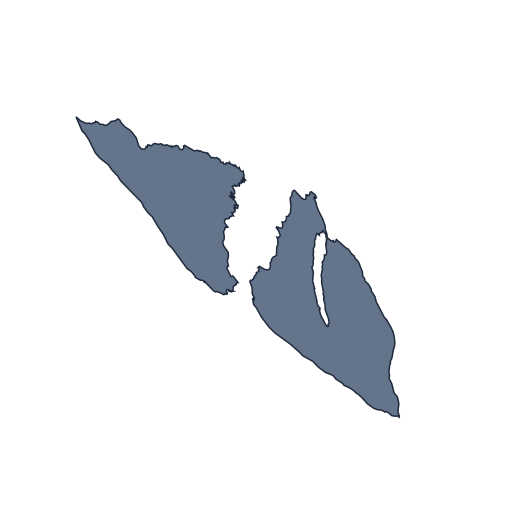 Ibestad nor, Troms, Norway, rotated 59°
{"feature_id": "86288312B28202364266720", "entity_name": "Ibestad nor", "entity_type": "district", "adm_level": 2, "iso_a3": "NOR", "parent_name": "Norway", "parent_adm1": "Troms", "projection": "natural_earth1", "projection_center": [17.142, 68.828], "detail": "fine", "context": "isolated", "style": "filled", "palette": "slate", "viewbox_px": 512, "rotation_deg": 59, "n_neighbors": 0, "source": "geoboundaries", "source_scale": "gbopen_adm2", "svg_char_len": 6114}
<svg xmlns="http://www.w3.org/2000/svg" viewBox="0 0 512 512"><g transform="rotate(59 256 256)"><path d="M360.3,176.7L360.5,176.6L359.9,176.8L357.3,176.5L352.1,175.0L345.3,175.1L343.2,174.2L337.5,174.3L333.7,175.4L331.1,174.6L327.9,174.8L324.5,173.0L315.1,171.4L312.9,171.3L308.9,172.3L306.5,171.8L303.3,173.0L298.2,173.2L294.9,174.9L283.2,178.6L284.4,180.0L284.3,181.7L281.8,181.9L284.1,182.1L282.6,182.7L281.5,183.9L277.4,185.3L278.1,185.7L277.9,187.0L281.1,189.0L280.9,189.4L282.0,189.8L282.1,190.3L288.8,193.2L291.0,194.9L291.3,195.8L290.3,196.8L294.1,199.4L295.4,202.5L297.5,203.2L299.3,204.9L301.1,205.6L306.3,210.2L309.4,211.4L312.3,213.3L322.2,217.0L322.9,218.0L326.4,218.7L326.4,219.4L328.4,220.5L333.3,221.9L337.5,224.3L347.2,226.2L351.1,227.8L351.8,229.6L353.5,230.1L353.2,231.2L351.9,231.7L340.0,231.0L334.8,229.5L335.0,229.2L334.2,228.8L334.3,228.3L333.4,228.0L331.0,228.5L327.7,228.1L326.8,227.3L314.5,223.3L314.0,222.3L313.3,222.6L312.5,221.9L310.7,221.8L309.4,220.9L307.1,220.7L299.4,215.1L294.2,213.9L294.0,212.7L292.1,210.9L289.5,209.6L287.8,207.7L284.0,206.2L282.8,204.9L279.3,203.2L277.8,200.7L272.4,197.4L272.0,196.0L270.8,195.5L268.0,192.2L270.9,191.0L269.5,190.4L269.3,188.4L269.9,187.6L269.1,186.9L269.5,186.1L269.0,185.8L273.2,185.0L276.3,186.3L276.6,185.3L273.8,184.0L268.9,182.9L265.6,181.2L259.0,179.8L248.7,179.0L242.6,177.8L241.4,177.0L236.7,176.6L235.4,175.6L236.2,175.0L236.7,175.6L238.0,175.9L236.6,175.4L237.0,175.1L236.5,174.9L236.9,174.1L234.4,173.7L229.4,175.5L229.3,176.8L231.4,179.2L230.0,180.6L230.6,181.2L229.5,181.7L233.0,184.0L232.4,185.5L229.7,187.1L219.8,189.1L219.1,190.0L219.9,192.0L222.6,194.2L224.0,197.0L232.1,200.8L237.3,204.9L237.3,206.1L238.6,207.5L237.8,209.7L239.4,210.4L241.2,212.4L241.5,214.3L240.3,216.1L244.1,217.5L245.3,219.2L244.8,220.6L242.0,222.9L243.2,223.2L241.4,224.0L246.5,223.7L251.1,224.6L251.7,227.3L250.6,228.4L252.4,228.6L257.6,231.3L258.3,232.8L259.9,234.2L265.7,238.0L266.2,240.0L265.7,241.4L266.6,244.0L268.7,246.0L269.3,247.5L272.5,249.1L274.3,251.4L273.8,253.3L271.7,255.6L266.6,258.4L266.8,259.3L267.5,259.6L266.9,260.1L267.0,260.4L267.8,259.7L268.7,260.0L269.4,260.6L268.5,260.7L269.5,260.7L270.6,262.3L270.4,264.2L272.0,265.6L272.4,267.6L274.0,269.6L274.8,272.1L274.0,273.2L274.5,274.4L281.0,275.6L286.6,278.7L291.5,279.1L292.1,279.8L290.9,279.8L291.5,280.0L290.9,280.4L291.1,280.8L292.6,280.9L292.9,281.2L292.1,281.4L296.3,283.0L300.7,282.4L311.7,282.8L324.4,281.3L332.0,279.3L348.6,272.2L362.0,268.0L365.5,267.4L375.6,261.5L383.1,259.9L391.6,256.4L398.0,251.5L402.7,250.9L409.6,247.5L412.3,247.1L417.9,243.3L422.4,241.3L425.4,240.7L426.2,239.9L431.8,238.2L440.1,236.6L447.2,233.5L450.6,230.7L451.8,228.9L454.2,226.8L456.2,225.9L456.3,225.0L457.4,223.7L462.8,221.8L464.9,219.4L466.3,216.7L467.9,216.5L467.3,215.7L462.5,214.5L456.0,209.5L449.8,207.4L444.4,208.1L435.0,205.3L429.4,205.0L427.1,203.0L424.2,202.0L418.7,197.9L417.2,196.0L415.4,195.0L413.7,192.3L407.3,186.7L404.6,183.6L401.2,181.3L395.8,178.9L391.7,177.6L385.8,177.0L377.8,176.9L374.4,177.6L360.3,176.7ZM181.2,224.9L176.8,223.4L177.0,223.9L174.7,225.4L171.5,224.8L171.8,225.9L171.3,226.4L168.1,226.9L168.8,227.2L167.2,228.1L167.6,228.3L167.4,228.8L166.2,228.6L164.6,230.1L162.2,230.5L163.0,230.9L162.9,231.4L161.0,233.0L161.0,234.0L161.8,234.7L160.3,236.3L158.8,235.9L157.5,237.9L155.2,237.4L153.4,237.8L151.3,239.3L151.3,240.3L149.5,241.9L148.7,243.8L142.6,244.4L142.5,244.9L143.0,245.1L142.8,245.7L141.0,246.3L140.0,247.9L136.9,249.8L137.3,250.6L135.3,251.8L134.0,254.9L124.4,260.2L124.5,261.6L126.2,262.2L126.9,264.2L126.6,265.1L124.8,266.4L121.7,266.3L120.1,267.5L120.3,268.8L119.4,269.9L119.3,271.4L118.3,271.8L119.0,272.2L114.6,275.3L114.3,277.1L112.6,278.8L111.3,279.2L110.4,280.5L110.5,281.6L107.3,285.0L107.1,286.3L107.7,288.8L105.0,291.3L106.0,292.7L105.7,293.2L106.4,293.3L105.8,294.0L106.9,295.2L107.0,296.7L105.2,299.1L101.3,299.8L92.8,297.8L85.6,298.7L83.0,299.3L77.9,301.8L72.1,303.0L69.4,302.8L67.9,303.5L67.2,304.1L67.7,306.7L66.0,311.1L66.8,313.8L66.9,316.7L66.4,318.0L64.4,319.4L62.8,321.8L59.8,322.7L58.0,324.1L58.9,324.9L58.1,326.1L58.0,328.9L56.5,330.1L54.9,333.3L49.8,336.7L44.1,338.6L59.6,340.7L60.0,340.7L58.9,340.3L62.4,340.2L61.0,339.8L61.8,339.7L70.3,339.4L84.7,340.6L91.4,339.5L101.5,335.6L108.3,335.1L116.5,333.3L121.9,333.3L151.0,326.4L156.2,327.0L163.2,326.3L169.1,324.7L179.7,324.9L189.6,324.3L200.5,325.2L206.3,323.8L231.6,321.5L235.9,319.5L241.2,318.7L243.2,319.0L248.2,316.1L248.4,315.3L250.3,313.7L251.7,313.9L252.8,313.4L250.6,313.5L251.2,313.2L264.1,310.3L265.8,309.4L266.1,308.1L270.3,304.7L272.2,303.9L272.7,303.0L272.1,302.3L273.8,300.8L273.6,300.0L272.6,299.8L273.4,299.6L270.9,299.6L269.7,298.3L272.0,296.6L272.5,296.8L271.7,297.6L272.7,297.1L272.7,296.7L271.8,296.4L273.7,295.6L273.2,295.4L273.9,295.0L274.6,293.4L273.9,293.9L270.6,291.1L270.2,289.2L270.4,287.7L268.9,286.7L269.6,285.1L261.6,286.0L261.0,286.4L261.1,287.3L260.8,287.7L260.5,288.0L260.3,288.0L251.6,287.3L250.5,286.4L250.4,284.7L245.7,283.3L242.1,279.8L238.7,278.0L230.7,278.5L226.9,277.4L225.4,274.9L223.3,273.3L218.2,271.3L217.4,269.4L215.7,267.9L215.8,266.7L216.7,266.3L216.8,265.2L211.7,265.9L209.8,265.1L208.4,262.7L209.9,260.7L209.9,259.4L209.0,258.9L208.9,258.2L209.4,256.8L209.1,256.0L210.1,254.6L206.7,254.4L207.4,253.9L206.8,252.1L207.3,251.7L206.3,250.4L202.9,250.0L205.6,249.0L203.1,249.2L203.0,248.4L203.5,248.4L204.0,248.1L202.9,248.4L203.3,248.0L201.7,248.0L201.2,247.2L203.6,245.7L205.4,247.1L204.4,247.7L205.5,247.3L205.3,246.9L203.3,245.1L202.3,246.0L198.5,245.6L194.9,246.4L190.4,248.1L192.2,246.2L194.1,245.5L192.9,245.3L192.9,244.8L195.7,244.0L193.0,244.1L192.0,244.5L191.3,245.5L189.3,245.4L188.3,244.3L191.5,243.6L191.6,242.2L189.0,240.8L184.2,240.6L184.3,239.1L185.0,238.1L184.3,237.6L186.5,237.2L185.9,237.0L186.2,236.2L185.9,235.3L187.4,234.4L186.6,233.4L184.2,233.6L185.1,233.1L184.9,232.2L185.9,231.4L184.9,230.8L185.9,230.1L185.9,228.9L183.7,229.3L184.3,228.2L186.4,228.0L185.7,227.1L183.7,227.7L182.2,227.1L183.4,226.3L185.2,226.2L185.4,226.0L182.5,226.1L181.2,224.9Z" fill="#64748b" stroke="#1e293b" stroke-width="1.5"/></g></svg>